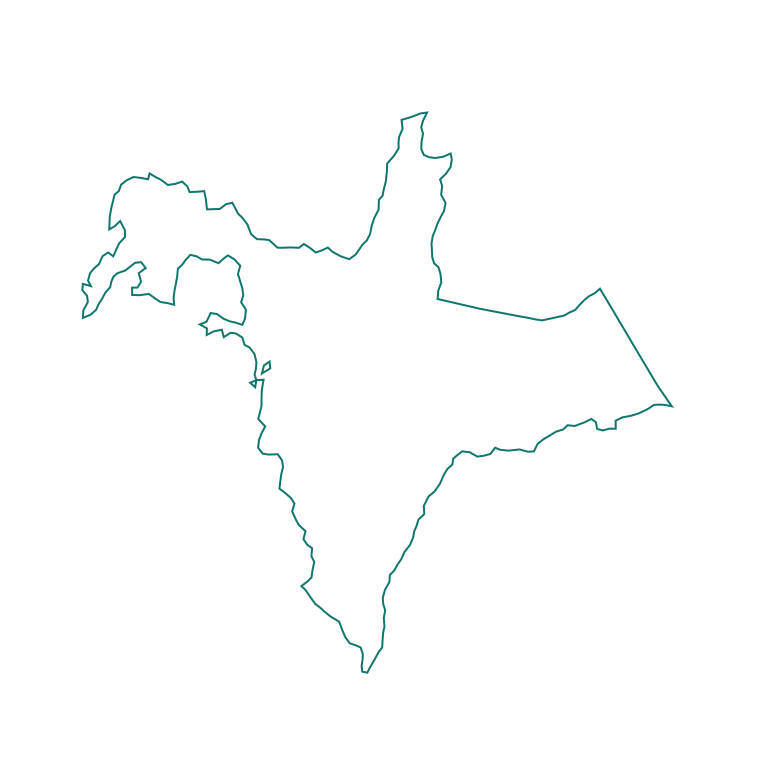 the district of Ituporanga, Santa Catarina, Brazil, rotated 163°
{"feature_id": "56859067B65605113855989", "entity_name": "Ituporanga", "entity_type": "district", "adm_level": 2, "iso_a3": "BRA", "parent_name": "Brazil", "parent_adm1": "Santa Catarina", "projection": "mercator", "projection_center": [-49.512, -27.444], "detail": "fine", "context": "isolated", "style": "outline", "palette": "teal", "viewbox_px": 768, "rotation_deg": 163, "n_neighbors": 0, "source": "geoboundaries", "source_scale": "gbopen_adm2", "svg_char_len": 4224}
<svg xmlns="http://www.w3.org/2000/svg" viewBox="0 0 768 768"><g transform="rotate(163 384 384)"><path d="M115.3,278.5L122.8,302.2L132.3,340.9L142.6,383.5L149.6,412.0L155.6,409.3L162.6,407.9L168.1,405.6L173.6,402.6L179.5,398.9L185.9,398.1L191.7,396.8L214.2,398.6L220.1,401.4L228.5,406.0L236.4,410.0L269.9,427.7L307.9,449.6L304.7,457.6L299.5,464.4L297.8,472.8L297.8,479.8L300.8,484.8L300.8,491.1L298.9,498.5L297.6,504.2L294.1,511.3L290.3,515.9L285.7,522.1L280.5,527.6L276.2,531.7L272.2,539.1L274.0,548.3L270.5,556.3L270.5,563.3L263.2,567.0L257.0,571.9L253.5,578.9L252.9,584.9L261.0,584.0L269.1,585.2L274.6,587.7L278.9,591.4L279.7,597.5L277.5,604.2L273.5,611.9L273.4,618.5L269.7,624.4L263.5,631.0L270.1,632.1L278.4,631.4L290.0,631.4L291.6,622.6L297.3,615.9L299.5,610.7L301.1,605.1L307.6,599.4L316.5,593.9L319.2,586.1L323.0,577.3L327.6,569.7L330.3,564.5L335.0,561.7L338.2,552.3L345.0,545.3L349.6,538.8L353.4,531.5L358.5,526.3L364.2,523.3L368.5,519.8L373.2,516.1L380.7,513.5L387.9,518.6L394.5,525.4L397.8,530.9L404.5,529.9L410.8,529.7L415.2,536.1L419.7,541.3L425.4,539.1L433.4,541.9L440.6,543.8L446.0,545.5L448.8,550.4L451.9,555.3L456.6,557.4L463.1,559.6L467.2,566.0L468.0,576.4L470.6,583.8L473.7,589.5L475.0,596.3L476.1,601.7L482.6,602.1L489.9,599.4L495.3,600.9L502.2,602.7L500.2,613.6L499.6,621.0L507.0,622.6L513.8,624.4L514.3,630.4L517.8,636.6L525.1,636.4L532.5,637.5L537.3,644.2L542.0,648.8L546.6,653.8L549.8,648.8L556.3,652.2L563.1,655.2L570.7,654.0L577.1,651.5L581.2,646.0L586.3,643.9L589.6,638.2L593.2,632.3L597.5,623.8L601.5,612.2L595.3,613.6L588.7,617.0L586.8,607.0L588.8,600.2L596.1,596.0L600.5,591.1L605.6,585.3L609.3,590.4L615.7,588.6L621.6,581.9L627.3,579.5L632.8,575.8L636.8,569.4L635.7,563.3L642.7,567.8L645.1,562.0L642.2,555.3L643.2,549.0L649.8,542.6L652.7,535.2L644.6,536.0L637.6,539.1L633.8,543.6L628.6,548.0L623.8,552.8L617.6,556.6L614.8,561.7L611.3,565.8L606.4,567.9L598.2,568.2L591.6,570.7L586.6,572.7L580.6,571.5L578.0,564.5L586.1,561.7L586.4,552.8L591.6,548.3L596.7,549.8L598.8,542.8L591.8,540.4L582.6,538.9L577.8,532.7L573.9,527.8L567.1,524.5L561.5,521.1L560.1,527.8L556.9,534.8L553.6,540.9L550.3,547.4L547.4,554.5L541.9,557.2L537.6,560.5L531.4,564.1L525.9,560.9L521.6,556.3L514.3,553.9L506.9,547.9L501.0,550.7L495.6,552.6L490.5,546.7L486.9,539.1L491.5,531.9L491.5,524.1L491.5,516.9L492.7,509.8L496.7,504.0L494.3,495.4L497.9,487.0L502.2,482.0L507.8,486.0L513.2,489.0L518.3,493.3L523.2,499.7L529.0,502.5L535.6,495.4L542.7,494.8L537.1,489.0L539.2,482.7L531.6,484.1L523.2,483.3L523.5,475.7L515.7,477.8L510.8,475.6L505.9,469.8L505.9,462.2L501.9,458.2L499.1,450.6L499.6,442.4L501.9,436.2L505.0,430.9L505.0,425.0L497.9,423.3L500.5,418.2L503.1,412.7L505.7,404.8L507.6,398.7L510.3,394.1L514.5,387.4L510.0,378.1L515.2,373.0L520.0,366.9L523.0,359.9L520.5,352.9L514.8,350.2L506.2,347.9L503.8,340.7L504.8,334.2L508.6,327.8L511.9,320.6L514.6,314.5L510.5,308.9L506.2,301.9L504.6,295.8L509.1,289.0L507.9,279.9L506.7,274.2L502.1,266.2L506.4,259.2L504.5,253.0L500.8,247.9L503.8,240.5L502.7,234.2L506.7,227.1L510.0,220.1L515.2,217.4L522.1,214.9L519.2,209.8L516.5,201.0L514.1,193.9L510.0,188.1L506.7,182.5L503.2,177.4L496.4,169.8L495.8,160.3L495.0,153.1L492.6,146.1L487.5,142.4L483.4,138.9L483.2,132.0L485.1,126.6L487.8,121.0L488.9,115.3L484.4,112.8L479.4,117.9L473.1,123.7L467.2,129.5L462.8,132.5L460.2,139.6L457.6,146.3L454.5,151.8L452.6,160.3L449.0,167.3L449.1,173.7L447.7,179.9L443.3,186.8L436.8,193.0L434.1,199.8L428.9,202.5L423.9,207.3L418.9,211.3L413.5,217.4L406.0,222.6L401.0,228.7L398.3,234.1L394.3,238.8L390.8,244.2L383.5,247.9L381.6,255.8L374.2,263.4L367.0,266.5L359.6,272.3L353.9,279.1L348.3,284.2L342.2,287.0L339.5,292.4L334.6,294.6L328.9,296.7L322.0,293.7L316.0,287.3L310.3,286.3L302.7,286.0L296.4,290.6L291.9,287.0L284.5,283.9L273.5,281.8L266.3,277.2L260.4,275.7L254.4,282.0L246.9,284.8L240.4,286.3L233.3,288.1L225.7,288.2L220.6,290.9L213.9,288.1L203.5,288.7L196.0,290.0L192.5,285.5L193.3,278.7L188.3,275.6L181.6,275.4L175.5,273.5L173.2,281.2L165.9,282.4L157.2,281.4L148.9,281.4L138.8,283.0L132.0,285.1L126.7,283.8L121.7,282.0L115.3,278.5ZM493.4,436.8L486.9,438.9L488.2,432.2L497.7,429.7L493.4,436.8ZM505.0,425.0L511.6,424.3L508.1,418.6L505.0,425.0Z" fill="none" stroke="#0f766e" stroke-width="2"/></g></svg>